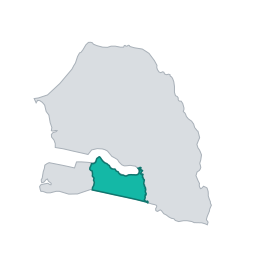 location of Kolda within Senegal, rotated 12°
{"feature_id": "SEN-774", "entity_name": "Kolda", "entity_type": "Region", "adm_level": 1, "iso_a3": "SEN", "parent_name": "Senegal", "parent_adm1": "", "projection": "natural_earth1", "projection_center": [-14.005, 13.12], "detail": "fine", "context": "in_parent", "style": "filled", "palette": "teal", "viewbox_px": 256, "rotation_deg": 12, "n_neighbors": 0, "source": "natural_earth", "source_scale": "10m", "svg_char_len": 5804}
<svg xmlns="http://www.w3.org/2000/svg" viewBox="0 0 256 256"><g transform="rotate(12 128 128)"><path d="M197.1,116.6L200.1,122.6L199.5,125.5L198.8,129.7L200.5,132.8L202.5,134.7L203.9,136.6L205.5,139.1L205.8,144.1L205.5,147.7L206.5,149.4L207.4,151.4L207.2,153.2L206.6,154.7L204.7,156.7L204.4,160.5L207.5,165.0L209.5,167.5L209.5,168.9L210.1,170.5L211.5,172.3L212.4,171.8L213.4,170.4L213.9,169.3L216.5,169.8L217.8,170.3L219.5,173.2L220.1,175.2L220.6,177.7L222.4,180.8L223.9,183.0L224.2,184.3L225.6,186.2L224.8,190.3L224.9,192.4L223.9,197.9L223.7,200.5L223.8,201.5L225.9,203.4L225.7,206.2L223.6,205.7L219.8,205.4L212.4,206.8L209.8,206.2L204.9,206.4L201.4,207.2L197.0,209.0L193.5,208.6L191.7,207.2L189.2,207.3L186.4,206.5L183.5,205.1L180.8,204.4L177.9,201.9L176.6,201.4L175.6,202.1L174.8,203.0L174.0,203.5L172.4,203.0L171.8,201.3L172.3,199.6L172.4,198.4L171.7,197.7L169.9,197.4L167.1,197.4L162.5,196.9L161.4,196.6L151.1,196.2L140.4,196.1L131.3,196.1L119.9,196.0L111.9,196.0L104.3,195.9L98.5,199.3L92.3,203.0L83.8,205.0L74.1,204.2L71.0,204.8L67.8,206.4L65.4,207.6L62.1,208.3L57.7,207.7L56.0,208.1L54.9,206.4L53.7,203.7L54.5,201.7L57.1,200.4L61.1,198.7L63.2,199.6L64.4,199.6L64.6,198.6L64.2,198.0L61.2,196.5L59.7,194.6L58.4,195.8L57.3,198.1L56.4,198.8L55.0,199.5L54.2,197.9L53.9,196.3L54.5,195.1L54.2,188.4L54.6,184.8L54.4,181.6L56.3,179.6L58.1,178.3L65.0,178.2L71.5,178.1L77.7,178.1L84.0,178.2L84.7,171.9L86.7,171.4L89.7,170.8L95.3,170.0L101.5,169.3L102.8,168.1L103.9,166.0L104.5,164.1L105.8,163.3L107.6,163.9L109.8,164.9L112.2,166.4L114.9,167.8L116.7,168.7L121.1,170.9L128.5,174.0L134.6,175.2L142.0,173.0L147.3,171.5L148.0,168.8L147.2,166.2L143.2,163.8L137.8,164.1L136.1,164.7L133.6,165.5L132.1,165.8L129.6,165.3L126.3,163.2L124.3,161.1L121.5,160.1L118.1,159.1L112.7,154.8L109.9,154.0L107.2,153.8L102.1,154.6L97.0,157.0L94.4,162.2L89.4,162.1L78.7,162.0L69.0,161.8L60.9,162.2L60.1,158.4L58.2,155.3L55.1,152.7L54.4,150.3L55.5,148.2L58.5,146.5L59.2,145.3L57.6,145.5L55.2,146.6L53.6,146.6L53.4,143.3L50.8,139.0L47.9,131.8L44.5,128.8L41.7,122.9L38.8,120.7L36.1,119.6L33.8,119.8L32.9,122.5L30.1,118.7L34.0,117.3L42.4,112.4L52.1,98.6L60.9,82.2L62.0,78.3L63.1,75.3L63.8,68.6L65.0,64.6L66.2,63.9L67.7,60.8L69.5,55.4L71.5,52.5L73.7,51.9L75.5,52.1L76.7,53.2L80.4,53.9L86.4,54.2L91.1,53.4L94.4,51.5L98.7,50.6L104.1,50.5L106.9,49.8L107.2,48.2L107.9,47.8L109.0,48.4L110.1,48.1L111.1,47.0L112.1,47.0L113.0,47.9L117.5,48.2L125.6,47.8L133.0,50.6L139.8,56.6L143.3,60.7L143.5,62.7L144.6,64.7L146.6,66.7L148.5,67.1L150.2,65.8L151.5,66.0L152.5,67.5L154.4,67.9L156.6,66.9L158.1,67.2L158.4,68.2L158.7,68.6L159.8,68.9L161.2,70.1L163.2,73.3L164.8,77.7L166.0,83.4L167.7,86.5L169.7,87.0L170.9,88.2L171.1,89.6L171.7,90.5L172.7,91.0L174.4,90.7L176.4,92.6L178.6,96.8L178.9,98.7L178.6,99.8L178.7,100.5L180.2,101.2L181.5,102.6L182.7,104.6L185.1,106.5L188.8,108.1L191.4,110.5L193.1,113.7L196.4,116.4L197.1,116.6Z" fill="#d9dde1" stroke="#a8b0b8" stroke-width="1"/><path d="M162.9,197.1L161.4,196.6L151.1,196.2L139.8,196.1L131.5,196.1L128.5,196.1L117.2,196.0L114.7,196.0L105.9,196.0L105.7,193.7L106.0,192.6L106.4,191.4L106.4,189.6L106.4,188.3L105.9,187.2L105.2,186.4L105.1,185.1L105.2,184.1L104.1,183.2L103.1,182.4L103.0,181.6L102.9,180.4L102.2,178.4L101.8,177.5L100.3,177.2L99.2,176.3L99.0,175.0L99.3,173.6L99.6,172.2L99.7,170.5L100.8,170.3L101.8,169.9L102.7,169.2L103.4,168.2L103.6,167.2L103.7,164.9L104.1,164.0L104.9,163.2L105.5,162.4L106.2,162.1L107.1,162.7L108.6,164.2L110.1,165.6L112.2,166.8L113.3,167.1L114.5,167.2L115.0,167.4L116.1,168.1L116.6,168.3L117.3,168.5L117.6,168.7L118.3,169.8L119.2,170.7L120.2,171.2L121.4,171.3L122.6,171.2L123.6,170.9L124.0,171.0L124.9,172.0L125.2,172.3L125.6,172.6L126.1,172.7L127.1,172.8L127.5,172.9L127.8,173.3L128.1,173.7L128.4,174.0L128.7,174.3L129.9,175.0L130.7,175.3L131.6,175.3L133.4,175.1L135.1,175.5L136.0,175.5L136.7,175.1L138.3,173.8L138.8,173.5L139.3,173.5L140.7,173.0L142.0,172.9L143.2,172.6L145.6,172.3L147.2,171.5L148.1,169.9L148.2,168.0L147.5,166.3L147.2,166.0L146.4,165.5L146.2,165.3L146.6,165.1L146.9,164.9L147.3,164.9L147.5,164.8L147.6,164.7L147.7,164.3L147.8,164.2L148.1,164.0L148.4,164.1L148.7,164.1L148.9,164.1L149.0,164.3L148.9,164.5L148.8,164.9L148.8,165.2L148.8,165.4L148.7,165.6L148.6,165.8L148.5,166.2L148.6,166.4L148.8,166.6L149.0,166.6L149.5,166.3L149.8,166.2L150.0,166.2L150.2,166.3L150.6,166.5L151.0,166.6L151.1,166.8L151.0,167.0L150.9,167.1L150.4,167.8L150.2,168.1L150.2,168.3L150.2,168.5L150.2,168.9L150.1,169.1L150.0,169.3L150.0,169.5L149.9,169.6L149.7,169.9L149.8,170.1L150.0,170.2L150.2,170.3L150.4,170.3L150.6,170.3L150.8,170.3L151.6,170.1L152.0,170.1L152.3,170.3L152.3,170.5L152.2,170.7L151.9,171.2L151.9,171.3L151.9,171.5L152.1,171.6L152.3,171.8L152.4,172.2L152.4,172.5L152.3,172.9L152.3,173.1L152.5,173.3L152.8,173.5L153.2,173.7L153.4,173.8L153.5,174.0L153.5,174.4L153.6,174.6L153.7,174.9L153.9,175.0L154.1,175.1L154.5,175.1L154.7,175.4L154.8,175.6L154.8,176.4L154.8,176.7L154.8,177.3L154.8,177.5L154.8,177.9L154.9,178.2L154.9,178.8L155.0,179.2L155.2,179.7L155.6,180.3L155.8,180.5L156.0,180.5L156.1,180.9L156.1,181.2L156.1,181.4L156.2,181.6L156.7,181.9L157.0,182.3L157.2,182.7L157.5,182.9L157.5,183.1L157.5,183.3L157.4,183.5L157.4,183.8L157.6,183.9L157.8,183.9L158.0,184.0L158.2,185.3L158.1,185.5L158.0,185.8L158.0,186.0L158.2,186.3L158.3,186.9L158.4,187.2L158.7,187.6L159.1,187.9L159.3,188.1L159.4,188.9L159.5,189.2L159.5,189.5L159.3,189.5L159.1,189.5L158.9,189.6L159.0,189.8L159.1,190.0L159.1,190.3L158.9,190.7L158.8,190.8L158.8,191.0L158.8,191.5L159.1,191.8L159.1,192.1L159.2,192.3L159.3,192.6L159.2,193.9L159.2,194.1L159.0,194.5L159.0,194.9L159.2,195.2L159.5,195.4L159.9,195.6L160.2,195.8L160.6,195.9L161.4,195.9L161.7,195.8L162.0,195.7L162.3,195.5L162.7,195.8L163.0,196.5L162.9,197.1L162.9,197.1Z" fill="#14b8a6" stroke="#0f766e" stroke-width="1.5"/></g></svg>